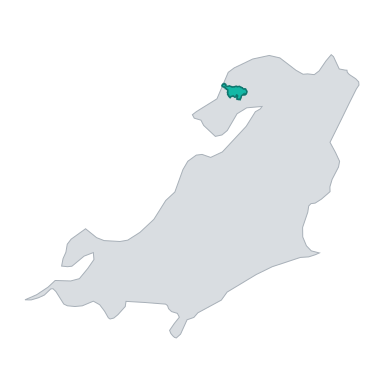 location of Hojancha, Guanacaste, Costa Rica, rotated 94°
{"feature_id": "36466004B12403637236294", "entity_name": "Hojancha", "entity_type": "district", "adm_level": 2, "iso_a3": "CRI", "parent_name": "Costa Rica", "parent_adm1": "Guanacaste", "projection": "natural_earth1", "projection_center": [-85.409, 9.974], "detail": "fine", "context": "in_parent", "style": "filled", "palette": "teal", "viewbox_px": 384, "rotation_deg": 94, "n_neighbors": 0, "source": "geoboundaries", "source_scale": "gbopen_adm2", "svg_char_len": 5294}
<svg xmlns="http://www.w3.org/2000/svg" viewBox="0 0 384 384"><g transform="rotate(94 192 192)"><path d="M338.7,197.5L338.2,199.4L336.7,201.3L334.5,203.3L331.6,204.7L324.6,200.6L317.8,195.9L314.1,198.1L312.7,204.1L310.1,207.2L307.0,208.5L305.7,210.5L305.5,230.9L305.7,250.2L310.9,250.6L319.5,257.3L323.2,261.2L324.4,264.9L323.3,266.7L317.0,270.9L310.9,276.2L307.8,282.8L313.2,293.5L314.4,300.8L314.2,308.4L312.7,312.1L300.8,320.8L298.2,323.9L298.5,326.1L305.1,332.1L308.3,338.0L310.9,345.0L311.2,351.1L305.3,339.8L297.0,329.0L289.8,322.3L289.2,306.8L286.3,298.3L275.5,290.6L266.2,285.1L259.3,286.2L263.5,295.2L274.4,306.6L275.2,311.0L275.0,316.9L267.5,316.0L260.9,313.6L252.8,312.8L247.5,309.3L236.1,295.6L244.2,284.0L246.6,276.3L246.4,260.4L244.5,252.7L235.8,241.0L221.9,228.1L202.3,217.6L193.2,209.1L170.3,202.6L161.6,198.3L154.9,190.3L153.8,184.6L156.2,175.8L149.9,164.5L122.7,142.5L107.5,134.4L104.3,129.6L101.8,128.1L104.2,143.3L110.8,152.5L128.2,161.1L133.0,166.1L134.9,172.6L124.8,185.0L119.7,188.1L118.2,194.9L114.9,197.0L111.4,193.1L97.3,173.6L70.1,164.2L65.2,158.5L55.1,140.7L50.4,124.5L52.1,113.7L63.3,96.8L66.8,89.4L66.1,84.9L66.4,78.2L62.3,73.6L51.9,67.5L45.3,62.7L47.1,60.3L59.0,53.7L59.7,47.8L59.7,45.9L61.6,45.5L63.3,43.9L64.4,42.3L67.6,36.6L70.5,33.4L73.7,32.9L77.7,35.2L92.6,41.4L109.2,48.1L132.8,57.8L142.6,51.6L151.1,46.9L156.9,47.6L169.6,53.1L177.3,54.8L182.0,54.3L190.1,62.4L194.5,68.4L195.3,72.5L197.8,74.6L204.1,75.1L219.6,79.2L229.1,78.4L237.7,74.1L242.4,68.9L243.9,60.7L246.0,64.7L248.6,71.1L249.7,79.3L260.9,106.7L269.8,122.1L289.4,150.0L297.8,155.2L312.1,177.7L317.0,181.4L319.8,188.0L334.6,193.5L338.7,197.5Z" fill="#d9dde1" stroke="#a8b0b8" stroke-width="1"/><path d="M84.1,164.5L84.0,164.8L83.9,165.0L83.8,165.4L83.7,165.5L83.4,165.8L83.1,165.9L82.9,165.8L82.7,165.7L82.4,165.7L82.3,165.8L82.3,166.0L82.2,166.2L82.2,166.4L82.1,166.5L81.9,166.5L81.7,166.8L81.5,167.1L81.5,167.4L81.5,167.5L81.8,167.6L82.1,167.6L82.3,167.8L82.3,168.0L82.3,168.3L82.2,168.3L82.1,168.6L82.2,168.8L82.4,168.8L82.6,168.9L82.7,169.0L82.8,169.1L83.1,169.2L83.2,169.4L83.3,169.4L83.5,169.4L83.6,169.5L83.8,169.6L84.1,169.6L84.3,169.3L84.3,169.2L84.4,168.9L84.6,168.7L84.8,168.6L85.0,168.4L85.0,168.1L85.0,167.8L85.1,167.6L84.9,167.4L84.9,167.0L85.0,167.0L85.4,167.0L85.4,166.9L85.5,166.9L85.5,166.7L85.4,166.6L85.5,166.4L85.7,166.2L85.7,165.9L85.8,165.9L86.1,165.8L86.4,165.9L86.5,165.9L86.5,165.6L86.5,165.3L86.5,165.0L86.5,164.9L87.0,164.8L87.2,164.7L87.3,164.6L87.3,163.9L87.6,163.6L87.7,163.4L87.8,163.4L88.3,163.4L88.7,163.4L88.8,163.3L89.1,163.3L89.2,163.5L89.4,163.5L89.6,163.4L89.8,163.2L90.1,163.2L90.3,163.3L90.4,163.5L90.5,163.6L90.8,163.4L90.9,163.2L91.5,163.2L91.8,163.3L92.1,163.3L92.3,163.2L92.3,162.9L92.5,162.9L92.7,162.7L92.8,162.5L93.0,162.5L93.0,162.4L93.0,162.2L93.3,162.2L93.6,162.2L93.9,161.8L94.2,161.8L94.3,161.7L94.3,161.4L94.5,161.3L94.6,161.2L94.9,161.0L95.0,160.8L95.2,160.7L95.3,160.5L95.2,160.3L95.1,160.2L94.9,160.2L94.7,160.1L94.4,160.0L94.2,160.0L93.8,159.6L93.8,159.4L93.8,159.2L93.8,158.8L93.7,158.7L93.6,158.3L93.3,158.0L93.3,157.9L93.2,157.8L93.4,157.6L93.6,157.4L93.6,157.1L93.7,156.9L93.8,156.9L94.0,156.6L94.3,156.4L94.4,156.2L94.4,155.9L94.4,155.7L94.2,155.4L94.2,154.9L94.1,154.7L93.9,154.5L93.7,154.4L93.5,154.5L93.3,154.6L93.1,154.6L92.8,154.7L92.7,154.7L92.4,154.4L92.0,154.3L92.0,154.2L92.1,153.9L92.5,153.6L92.6,153.3L92.9,153.2L93.0,153.2L93.4,153.2L93.6,153.2L93.8,153.3L94.0,153.4L94.1,153.5L94.3,153.5L94.5,153.5L94.9,153.6L95.0,153.6L95.3,153.5L95.5,153.4L95.8,153.7L96.0,153.7L96.1,153.8L96.3,153.6L96.2,153.5L96.3,153.4L96.3,153.2L96.4,152.9L96.4,152.6L96.5,152.5L96.5,152.3L96.4,152.3L96.3,152.2L96.5,151.8L96.4,151.7L96.2,151.5L96.1,151.4L96.2,151.1L96.3,151.1L96.5,151.0L96.6,150.6L96.6,150.4L95.9,150.4L95.7,150.2L95.2,150.2L95.2,149.9L94.9,149.9L94.5,149.8L94.3,149.7L94.0,149.5L93.2,149.5L92.9,149.5L92.6,149.3L92.1,148.8L91.8,148.5L91.6,148.3L91.5,148.1L91.3,147.9L91.1,147.7L90.9,147.5L90.8,147.4L91.1,147.2L91.3,147.2L91.5,147.0L91.7,146.9L91.6,146.7L91.4,146.7L91.3,146.4L91.3,146.2L90.9,146.0L90.8,145.9L90.7,145.9L90.8,145.8L91.0,145.8L91.2,145.6L91.0,145.4L90.9,145.4L90.6,145.1L90.6,144.9L90.4,144.8L89.9,144.8L89.8,144.7L89.6,144.5L89.5,144.4L89.3,144.4L89.1,144.3L88.9,144.3L88.5,144.3L88.4,144.4L88.1,144.3L88.1,144.2L87.7,144.2L87.5,144.3L87.3,144.6L87.2,144.6L86.9,144.9L86.8,145.0L86.7,145.0L86.4,145.1L86.0,145.5L85.5,145.7L85.5,145.8L85.4,146.0L85.4,146.7L85.4,146.9L85.7,147.1L85.7,147.7L85.6,147.8L85.5,148.0L85.4,148.1L85.3,148.3L85.1,148.7L84.7,148.8L84.5,149.0L84.5,149.4L84.4,149.6L84.3,149.8L84.2,149.9L84.3,150.0L84.3,150.4L84.2,150.6L83.9,151.1L83.7,151.2L83.6,151.4L83.5,151.6L83.4,151.9L83.3,152.2L83.4,152.3L83.5,152.5L83.6,152.9L83.6,153.1L83.5,153.4L83.5,153.5L83.7,153.9L83.9,154.1L83.9,154.3L83.8,154.5L83.7,154.6L83.5,154.9L83.4,155.0L83.4,155.3L83.5,155.5L83.6,155.8L83.6,156.1L83.8,156.4L84.0,156.6L84.0,157.1L84.2,157.4L84.3,157.4L84.3,157.9L84.2,158.0L84.2,158.5L84.3,158.6L84.3,158.8L84.3,159.0L84.6,159.3L84.5,159.5L84.3,159.7L84.2,159.9L84.2,160.1L84.0,160.3L84.0,160.6L84.0,160.9L83.9,161.1L83.9,161.3L83.7,161.5L83.5,161.8L83.5,162.2L83.6,162.4L83.6,162.5L83.9,162.7L84.0,162.9L84.0,163.6L84.0,163.8L84.2,164.2L84.1,164.5Z" fill="#14b8a6" stroke="#0f766e" stroke-width="1.5"/></g></svg>